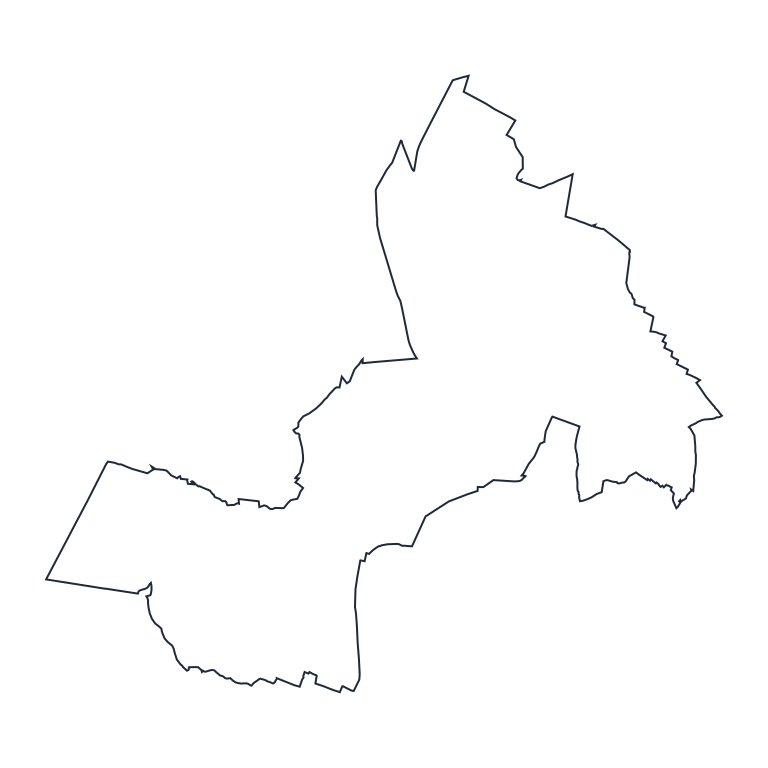 Tlanalapa, Hidalgo, Mexico (Robinson projection), rotated 180°
{"feature_id": "50627088B50313266532501", "entity_name": "Tlanalapa", "entity_type": "district", "adm_level": 2, "iso_a3": "MEX", "parent_name": "Mexico", "parent_adm1": "Hidalgo", "projection": "robinson", "projection_center": [-98.588, 19.828], "detail": "fine", "context": "isolated", "style": "outline", "palette": "slate", "viewbox_px": 768, "rotation_deg": 180, "n_neighbors": 0, "source": "geoboundaries", "source_scale": "gbopen_adm2", "svg_char_len": 6029}
<svg xmlns="http://www.w3.org/2000/svg" viewBox="0 0 768 768"><g transform="rotate(180 384 384)"><path d="M566.1,96.1L565.0,97.3L563.7,96.4L562.4,96.3L557.1,97.9L555.4,98.0L553.4,97.5L551.9,95.9L547.8,92.5L544.8,91.6L543.1,90.0L541.2,89.4L537.6,89.8L535.1,87.4L533.9,86.7L533.0,85.9L530.4,85.0L526.4,84.4L524.5,84.6L521.1,84.6L519.9,84.2L517.3,82.5L516.4,82.4L515.1,84.1L514.0,85.2L509.9,88.0L508.7,89.1L507.6,89.3L503.3,88.1L501.9,87.5L500.8,86.7L498.1,85.9L495.0,84.5L494.2,84.9L493.8,85.5L493.1,85.8L492.7,86.3L492.5,87.3L491.1,89.2L491.2,89.8L473.7,82.8L468.3,81.3L465.8,88.6L464.5,90.3L464.7,92.1L463.4,96.0L459.6,94.4L458.5,96.0L455.3,94.1L451.5,92.6L451.3,92.2L452.6,84.5L445.1,82.0L433.9,77.6L432.2,77.2L428.2,75.8L425.7,81.7L425.2,81.8L416.5,77.4L414.3,77.0L408.7,88.3L408.3,93.8L409.1,109.6L410.3,124.5L411.2,143.5L412.0,154.3L413.0,161.0L413.0,162.0L412.5,178.9L410.6,191.5L407.7,207.5L407.4,207.6L403.4,206.8L401.6,214.9L399.0,214.1L395.2,217.7L392.4,219.8L389.2,221.9L387.8,221.9L386.3,222.7L380.8,223.7L371.1,224.1L368.9,223.8L366.1,222.3L362.0,222.2L359.7,221.9L356.0,221.7L342.4,251.6L319.3,266.5L300.9,273.6L290.4,277.1L290.2,281.0L284.6,280.9L274.6,287.9L254.1,286.6L250.9,286.7L248.4,287.0L246.4,288.0L244.5,290.0L243.2,291.1L242.5,291.9L243.4,292.2L246.3,292.5L244.4,294.7L239.2,304.2L234.8,309.7L233.4,311.8L231.5,315.9L229.1,321.7L227.8,324.4L223.7,326.1L223.4,329.3L222.4,336.1L222.1,337.2L216.2,350.5L215.6,351.4L188.5,341.5L191.0,332.2L191.8,328.2L192.6,322.8L192.6,319.9L191.0,313.1L190.9,311.0L190.4,308.1L190.6,306.3L189.7,303.4L190.7,300.3L190.7,299.0L191.3,297.7L191.5,293.8L191.4,291.5L190.7,287.9L190.8,286.6L190.5,285.3L190.6,283.5L190.6,279.6L190.2,276.9L189.6,276.3L189.4,275.3L189.5,274.3L188.8,273.0L188.7,272.4L188.9,270.6L188.7,269.6L188.4,269.2L188.4,268.2L188.1,266.8L185.3,267.2L180.9,268.7L176.6,270.6L171.3,274.0L166.3,275.8L164.6,286.8L161.5,287.9L160.3,287.8L155.6,286.4L151.1,285.8L150.5,284.8L149.8,284.6L148.2,284.7L145.4,285.5L143.8,285.5L142.5,286.4L139.0,291.7L131.9,295.6L129.8,293.9L120.8,287.9L120.3,289.1L118.0,287.3L117.2,288.7L112.2,284.6L111.4,285.5L109.2,283.6L109.2,283.1L107.5,281.1L105.6,282.3L104.2,280.7L101.7,283.2L101.1,282.6L99.3,282.3L97.6,281.1L96.3,280.6L97.2,277.8L94.1,274.5L95.2,270.1L94.8,267.0L91.6,259.8L90.4,260.9L87.5,265.5L88.9,266.7L87.7,268.0L87.2,266.4L82.1,269.5L81.1,272.6L76.5,277.5L76.8,278.4L74.8,277.0L73.8,287.6L74.1,292.1L73.3,295.7L72.2,304.2L72.1,312.8L72.7,316.9L72.7,321.6L73.6,332.5L77.4,339.2L79.2,341.0L76.8,342.6L72.2,344.7L70.1,346.2L65.4,348.1L63.2,348.5L55.6,349.1L53.3,349.6L51.9,350.5L48.5,350.9L46.6,351.9L46.1,352.3L48.0,354.4L49.8,357.0L51.7,359.0L52.9,360.0L53.4,361.3L55.1,363.0L62.1,371.5L66.4,377.9L71.6,385.2L68.0,387.9L72.4,390.3L78.1,393.0L81.4,394.1L80.1,398.4L91.3,403.9L89.9,407.7L89.9,408.0L93.5,409.7L96.6,411.7L95.7,416.3L103.7,420.3L102.0,424.7L105.5,426.8L102.3,432.5L110.0,434.9L111.1,435.6L113.1,436.1L117.6,436.6L114.6,450.8L114.9,451.6L123.9,456.1L123.3,460.3L124.4,460.4L133.6,463.6L133.5,468.3L135.2,469.9L136.3,473.6L136.9,474.5L138.2,475.5L140.1,479.0L141.7,485.0L138.5,509.8L138.4,512.0L138.7,513.3L138.6,515.8L138.0,516.1L138.3,518.0L149.5,527.5L164.6,539.1L165.1,539.2L166.2,539.0L174.0,541.4L172.8,543.2L176.5,542.1L183.8,545.1L187.4,546.2L192.6,548.4L202.5,551.5L195.3,593.8L200.4,591.4L209.0,587.9L215.5,584.8L219.3,583.6L224.2,581.2L228.2,579.8L247.7,586.7L247.0,588.1L248.2,587.6L250.3,588.0L251.5,589.7L250.3,593.4L249.4,594.9L248.5,595.9L247.1,597.6L245.2,599.3L245.3,610.8L252.0,621.1L254.2,628.8L261.4,633.0L252.7,647.5L257.8,650.6L273.4,658.8L282.2,664.4L304.3,676.2L299.4,692.2L305.4,690.7L315.1,687.8L315.6,687.1L339.7,640.6L347.0,626.2L349.0,621.7L350.7,616.6L353.9,597.3L354.2,597.2L354.6,597.3L356.1,599.4L364.8,621.8L365.8,624.5L366.2,626.6L366.7,627.2L367.2,627.3L375.7,605.6L376.1,604.9L377.8,602.9L381.5,597.8L387.4,587.2L391.0,581.0L392.3,577.7L391.2,551.8L390.8,549.8L390.8,542.9L388.0,530.2L371.9,476.8L370.3,472.3L367.7,467.2L366.2,460.9L359.5,427.7L358.1,423.1L354.7,415.4L353.0,412.4L351.1,409.5L393.0,406.0L405.5,404.8L405.3,408.8L406.5,407.6L409.0,403.6L411.9,400.6L413.7,398.2L418.2,386.8L421.1,384.7L426.2,391.3L428.5,380.5L431.2,380.7L433.1,379.6L438.7,373.6L441.0,370.4L443.3,368.5L446.6,364.6L451.6,359.8L458.9,354.5L464.6,351.7L466.5,349.6L469.6,345.4L469.7,341.3L470.6,340.4L474.6,337.9L473.8,336.5L471.9,334.6L469.5,334.4L468.5,333.1L468.7,331.2L465.9,320.0L465.0,312.4L464.9,307.2L467.2,299.3L468.1,295.1L472.6,290.1L472.7,289.8L469.2,289.6L472.6,285.6L469.6,283.8L464.9,280.0L467.6,276.4L468.9,272.9L470.7,269.2L475.4,268.3L477.3,267.7L480.0,265.1L484.3,259.8L492.9,260.1L495.0,259.1L497.2,258.9L498.9,259.8L501.4,261.9L503.8,262.6L508.6,260.9L509.3,266.7L529.4,269.0L529.0,264.3L530.3,264.7L531.4,264.5L533.0,263.5L534.3,263.0L536.6,263.0L539.4,262.7L540.5,262.8L541.0,263.2L541.5,265.2L542.0,266.1L542.9,266.9L545.6,266.8L548.3,269.0L553.1,270.9L553.4,271.2L554.4,273.5L555.1,273.6L558.1,277.4L559.5,277.9L559.5,278.1L561.9,278.9L568.5,281.8L569.7,281.6L571.8,283.4L572.9,283.9L573.2,284.8L574.1,285.3L574.6,286.2L575.8,286.7L576.7,286.4L576.6,286.2L574.8,283.7L580.1,284.2L581.0,288.2L580.8,288.5L587.1,289.1L588.0,291.8L589.4,291.1L590.8,289.7L596.9,292.7L599.3,295.3L601.5,297.4L604.4,298.1L611.5,298.8L613.2,298.8L613.3,299.5L616.4,301.5L614.8,298.5L620.6,294.7L635.8,299.1L640.5,300.9L646.8,303.6L649.3,303.7L653.3,305.2L660.1,306.4L661.9,303.8L680.5,267.2L721.9,188.6L663.1,179.3L662.7,179.4L630.1,174.4L629.8,175.8L628.6,177.4L626.7,178.1L623.1,179.1L621.2,180.0L619.8,181.3L618.4,183.8L617.1,185.1L616.5,181.9L616.5,177.8L617.1,174.2L617.7,172.8L621.6,171.6L620.5,169.8L620.0,167.8L619.9,164.3L619.4,160.0L618.1,154.1L617.0,151.6L616.2,149.4L612.9,144.6L609.2,141.7L606.6,139.3L606.1,136.4L605.4,134.3L604.3,131.9L603.5,129.7L600.3,126.0L595.9,122.5L594.3,119.2L593.4,115.5L591.2,108.5L587.4,103.5L586.2,102.7L584.5,100.5L581.0,97.3L579.4,98.2L578.9,100.8L570.1,100.9L566.6,98.0L566.1,96.1Z" fill="none" stroke="#1e293b" stroke-width="2"/></g></svg>